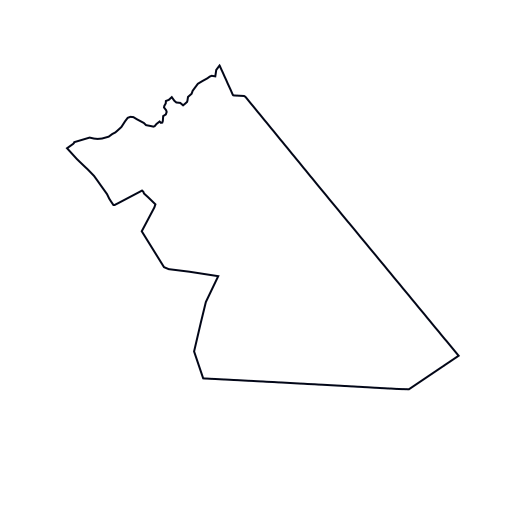 the border of Timbuktu, rotated 146°
{"feature_id": "MLI-2688", "entity_name": "Timbuktu", "entity_type": "Region", "adm_level": 1, "iso_a3": "MLI", "parent_name": "Mali", "parent_adm1": "", "projection": "robinson", "projection_center": [-3.929, 20.026], "detail": "fine", "context": "isolated", "style": "outline", "palette": "ink", "viewbox_px": 512, "rotation_deg": 146, "n_neighbors": 0, "source": "natural_earth", "source_scale": "10m", "svg_char_len": 3317}
<svg xmlns="http://www.w3.org/2000/svg" viewBox="0 0 512 512"><g transform="rotate(146 256 256)"><path d="M203.8,60.0L206.4,61.9L209.0,63.7L211.6,65.6L214.2,67.5L217.9,70.4L220.7,72.4L223.4,74.5L226.1,76.5L228.8,78.6L231.5,80.6L234.2,82.7L236.9,84.8L239.6,86.8L242.3,88.9L245.0,90.9L247.7,93.0L250.4,95.0L253.1,97.1L255.8,99.1L258.5,101.2L261.3,103.3L264.2,105.5L267.1,107.7L270.1,110.0L273.0,112.2L276.0,114.4L278.9,116.7L281.9,118.9L284.9,121.1L287.8,123.4L290.8,125.6L293.7,127.8L296.7,130.1L299.6,132.3L302.6,134.6L305.5,136.8L308.5,139.0L311.4,141.3L314.4,143.5L317.4,145.7L320.3,148.0L323.3,150.2L326.2,152.4L329.2,154.7L332.2,156.9L335.1,159.1L338.1,161.4L341.0,163.6L344.0,165.8L347.0,168.1L349.9,170.3L352.9,172.5L355.9,174.8L358.8,177.0L361.8,179.2L364.8,181.5L367.8,183.7L368.2,184.1L368.1,184.5L360.7,211.5L338.8,231.8L323.3,245.9L298.6,260.4L320.1,280.3L335.7,293.9L338.5,298.2L336.9,340.4L330.5,343.8L313.1,353.1L310.5,355.1L312.6,365.1L313.9,370.4L313.5,372.3L313.9,374.0L316.2,374.2L330.9,375.8L341.1,376.9L343.3,377.2L344.6,377.3L345.7,378.0L345.7,382.4L345.6,385.7L344.9,390.6L345.2,401.6L345.3,406.8L345.5,413.0L346.9,420.9L347.2,422.5L347.8,425.0L349.5,432.8L350.3,436.6L352.4,451.0L344.8,451.2L343.7,451.5L343.0,452.0L327.7,447.2L324.6,443.9L321.8,441.6L318.0,439.5L311.4,437.3L306.9,437.5L303.6,437.1L301.0,437.4L295.5,438.2L289.2,440.9L285.1,442.3L282.3,441.6L280.0,439.7L278.3,436.0L274.6,429.0L274.0,426.0L270.6,422.6L268.7,420.6L267.4,420.3L264.7,421.1L260.7,421.4L260.4,419.6L259.1,419.0L257.7,420.1L254.7,423.9L251.6,423.8L249.5,425.4L249.0,427.1L249.2,430.6L248.1,431.7L245.5,433.0L244.0,434.9L241.0,434.2L237.0,434.8L236.9,430.3L236.2,427.8L233.2,425.3L232.2,421.7L229.8,421.9L227.0,422.3L226.0,423.1L223.4,425.9L218.7,426.5L216.1,428.4L207.9,431.3L202.5,431.0L197.0,430.5L194.0,430.6L192.0,430.2L189.3,427.7L187.0,430.2L184.9,432.5L179.7,434.3L179.7,434.1L179.7,433.9L180.4,430.1L181.0,426.3L181.7,422.4L182.3,418.6L183.0,414.9L183.6,411.1L184.2,407.4L184.9,403.7L185.1,402.5L185.0,402.3L185.0,402.0L184.8,401.8L184.7,401.6L183.3,400.5L181.9,399.5L180.5,398.4L179.0,397.3L177.7,396.3L176.4,395.3L176.1,394.6L175.8,394.0L175.6,392.4L175.3,388.8L175.0,385.3L174.6,381.7L174.3,378.2L174.0,374.6L173.6,371.0L173.3,367.5L173.0,363.9L172.6,360.4L172.3,356.8L172.0,353.3L171.6,349.7L171.3,346.1L171.0,342.6L170.7,339.0L170.3,335.5L170.0,331.8L169.6,328.1L169.3,324.5L169.0,320.8L168.6,317.2L168.3,313.5L167.9,309.8L167.6,306.2L167.3,302.5L166.9,298.9L166.6,295.2L166.3,291.6L166.0,289.3L165.8,287.0L165.6,284.7L165.4,282.3L164.9,276.9L164.4,272.0L163.9,267.1L163.5,262.1L163.0,257.2L162.5,252.3L162.0,247.3L161.6,242.4L161.1,237.5L160.7,233.2L160.4,230.9L159.9,225.8L159.4,220.7L159.2,218.4L158.8,213.7L158.3,208.9L157.8,204.1L157.4,199.4L156.9,194.6L156.4,189.9L156.0,185.1L155.5,180.3L155.0,175.6L154.6,170.8L154.1,166.1L153.7,161.3L153.2,156.5L152.7,151.8L152.3,147.0L151.8,142.3L151.3,137.5L151.0,133.8L150.9,132.7L150.4,128.0L150.0,123.2L149.5,118.5L149.0,113.7L148.6,108.9L148.1,104.2L147.9,101.7L147.4,96.4L146.8,91.0L146.6,88.6L146.6,88.3L146.3,85.1L146.0,82.0L145.6,78.9L145.3,75.7L145.0,72.6L144.7,69.4L144.4,66.3L144.1,63.1L143.8,60.0L151.3,60.0L158.8,60.0L166.3,60.0L173.8,60.0L181.3,60.0L188.8,60.0L196.3,60.0L203.8,60.0Z" fill="none" stroke="#020617" stroke-width="2"/></g></svg>